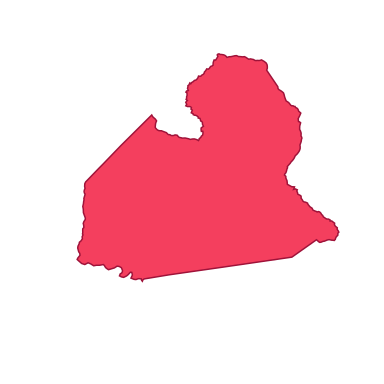 outline of São Raimundo das Mangabeiras, Maranhão, Brazil, rotated 62°
{"feature_id": "56859067B90980321133528", "entity_name": "São Raimundo das Mangabeiras", "entity_type": "district", "adm_level": 2, "iso_a3": "BRA", "parent_name": "Brazil", "parent_adm1": "Maranhão", "projection": "natural_earth1", "projection_center": [-45.741, -7.052], "detail": "fine", "context": "isolated", "style": "filled", "palette": "rose", "viewbox_px": 384, "rotation_deg": 62, "n_neighbors": 0, "source": "geoboundaries", "source_scale": "gbopen_adm2", "svg_char_len": 4630}
<svg xmlns="http://www.w3.org/2000/svg" viewBox="0 0 384 384"><g transform="rotate(62 192 192)"><path d="M197.7,325.1L203.3,323.0L205.7,320.7L205.7,317.0L207.9,315.2L211.0,313.4L211.8,310.8L213.3,308.0L214.4,304.4L215.7,303.9L217.9,303.8L219.2,303.4L221.4,302.2L222.6,296.1L222.3,293.0L223.5,291.3L225.6,289.9L228.6,290.2L229.7,290.9L230.5,292.1L230.6,293.8L232.0,295.4L233.8,294.2L235.3,292.4L235.4,289.2L235.0,287.2L233.9,284.1L234.7,282.9L237.3,283.6L239.4,286.3L241.9,284.2L243.0,282.6L243.3,280.2L244.0,278.9L244.9,277.6L246.4,278.0L247.5,277.7L246.6,276.8L246.3,275.0L253.9,252.5L254.3,251.3L255.7,247.4L273.2,199.0L275.2,193.4L279.9,180.4L280.6,178.4L296.4,134.4L292.6,104.5L295.6,103.4L296.5,102.8L296.9,101.6L297.1,99.5L297.6,98.1L297.9,95.0L298.4,93.3L300.1,91.3L300.7,90.3L301.6,89.1L301.1,87.7L300.2,86.9L299.4,85.8L298.6,83.5L296.9,82.6L296.4,81.2L295.3,81.1L293.9,81.3L292.9,81.3L291.8,80.5L290.9,80.9L289.7,81.4L288.6,81.6L287.6,81.5L286.5,80.7L284.8,81.5L283.2,82.2L282.4,83.7L281.4,83.2L279.9,84.3L279.3,85.5L278.2,86.4L276.8,87.0L275.7,87.7L274.0,87.6L272.8,88.1L270.8,88.2L269.5,88.7L268.6,89.6L268.4,90.9L267.5,91.4L266.8,92.1L265.7,93.0L264.7,93.7L263.5,93.6L262.6,93.6L260.6,94.7L259.4,95.0L258.3,95.2L257.4,95.4L256.0,95.2L254.3,96.5L253.5,97.6L252.3,98.3L250.5,98.3L248.7,98.6L247.6,97.9L246.3,97.7L243.6,99.6L241.9,99.1L240.3,99.0L239.5,98.0L237.8,99.3L237.4,101.1L236.7,100.2L235.6,99.1L234.1,101.5L230.9,103.6L230.1,104.2L226.6,102.8L225.1,102.7L223.8,102.6L222.2,101.8L220.4,102.4L219.5,101.3L219.1,100.1L217.9,98.8L216.3,97.4L215.5,96.3L214.3,95.9L213.6,94.1L212.7,91.7L211.9,90.3L211.5,88.9L210.9,87.4L210.0,85.8L209.4,85.0L208.7,84.2L208.2,82.8L207.9,81.6L207.5,80.6L206.6,78.8L205.9,77.7L205.0,76.7L204.2,76.0L202.3,75.0L201.2,74.7L200.0,73.3L198.8,72.0L196.9,70.6L196.1,69.7L195.1,69.4L193.7,69.4L191.2,68.0L189.1,67.6L187.3,67.6L184.3,65.9L181.9,63.6L180.6,64.1L179.8,64.9L177.1,63.8L175.2,61.1L173.4,58.9L172.2,59.3L170.8,59.9L169.8,59.7L168.5,59.6L167.1,60.0L166.2,60.8L164.8,60.9L164.3,61.8L163.3,62.3L162.7,63.5L161.6,64.1L159.6,64.4L158.3,64.7L155.8,66.1L153.8,65.9L151.7,65.6L149.4,65.0L147.5,64.7L146.6,65.0L145.6,65.4L144.2,66.1L142.6,67.1L141.1,67.5L139.3,66.8L119.5,68.9L118.1,67.4L116.6,66.6L115.1,66.0L113.1,65.9L111.9,66.4L110.9,66.8L108.0,68.6L107.7,70.3L107.1,71.6L106.5,72.5L106.1,73.6L105.4,74.7L104.0,75.4L101.9,77.9L101.4,79.6L98.1,81.4L97.0,82.3L96.6,83.6L95.3,85.5L94.1,87.5L93.3,88.0L92.4,88.8L91.8,90.3L91.3,92.2L90.8,94.0L90.0,95.7L89.6,97.9L88.4,98.1L86.8,98.8L85.8,99.6L84.4,101.4L83.9,102.4L82.8,103.2L82.4,104.2L82.8,105.4L84.5,105.5L85.3,106.9L86.0,108.0L86.6,109.2L85.8,110.5L86.6,111.4L87.5,112.4L89.1,113.4L90.0,114.0L90.1,115.4L89.9,116.5L90.3,117.5L91.0,118.7L91.2,119.9L90.2,121.2L91.2,122.8L92.0,124.9L92.8,125.4L93.4,126.7L93.4,128.5L93.9,129.9L93.4,130.9L92.7,131.8L93.9,133.1L94.7,134.7L95.0,136.1L94.6,137.5L95.1,139.0L95.2,141.0L95.9,142.3L94.7,142.7L96.1,144.6L96.2,145.7L97.4,146.3L98.3,147.3L100.7,147.6L100.3,149.4L101.0,150.5L102.0,149.9L103.2,150.4L104.3,150.9L105.3,152.0L106.8,152.8L107.4,153.7L109.0,153.1L109.3,154.2L109.9,155.4L112.1,155.5L113.0,157.0L114.5,155.8L115.3,154.2L116.0,153.3L117.2,152.9L118.3,154.0L119.9,153.3L121.7,155.5L123.4,154.3L124.3,154.6L125.5,153.6L126.1,152.6L127.2,151.9L128.6,151.3L129.6,151.8L130.8,150.4L132.1,150.7L133.4,151.0L134.2,150.3L135.6,150.2L136.9,150.9L137.8,151.0L139.3,151.0L139.8,153.9L140.8,154.5L141.9,155.0L142.9,155.3L143.4,154.0L144.7,154.4L145.8,155.1L146.8,156.0L147.1,157.6L147.9,158.6L148.3,160.6L149.1,161.2L149.6,162.2L148.2,163.0L147.3,163.9L146.3,164.9L145.5,166.5L144.7,168.9L143.5,169.9L142.7,170.8L141.1,172.7L139.8,175.4L139.1,176.0L137.8,177.6L136.5,178.2L135.1,178.3L134.2,179.3L133.6,180.3L133.5,181.6L133.0,182.8L132.3,183.9L131.0,184.6L130.2,185.9L129.3,186.3L127.6,186.7L125.7,188.4L123.6,190.2L123.0,191.3L122.2,192.5L120.8,193.5L118.7,194.1L117.6,194.1L115.6,192.8L114.7,192.2L113.7,191.3L112.6,189.9L110.5,190.1L107.6,191.2L106.6,191.4L105.1,191.4L117.7,233.2L125.7,257.8L126.5,260.4L127.5,263.6L133.2,281.2L134.4,282.8L136.7,284.2L138.5,284.7L139.8,286.2L140.8,287.0L142.3,287.5L143.6,287.4L144.6,288.2L146.3,289.9L147.1,290.6L148.2,291.0L149.6,292.2L151.4,293.4L153.5,295.2L156.0,296.0L159.3,297.6L164.9,298.4L166.1,299.1L167.4,301.4L168.7,302.8L170.0,303.1L171.6,303.7L172.7,304.3L173.1,305.6L174.1,306.3L176.7,307.6L177.6,308.4L178.7,308.4L179.9,310.0L181.9,310.8L183.1,313.1L183.5,315.0L184.7,315.9L186.3,318.1L187.8,319.2L190.3,319.8L191.6,320.1L193.3,319.9L194.3,320.2L195.3,320.6L196.8,324.0L197.7,325.1Z" fill="#f43f5e" stroke="#9f1239" stroke-width="1.5"/></g></svg>